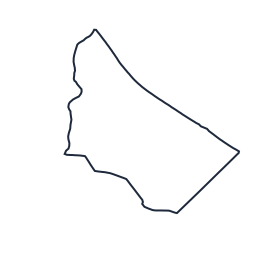 São João da Barra, Rio de Janeiro, Brazil, rotated 316°
{"feature_id": "56859067B49763228552069", "entity_name": "São João da Barra", "entity_type": "district", "adm_level": 2, "iso_a3": "BRA", "parent_name": "Brazil", "parent_adm1": "Rio de Janeiro", "projection": "albers", "projection_center": [-41.074, -21.765], "detail": "fine", "context": "isolated", "style": "outline", "palette": "slate", "viewbox_px": 256, "rotation_deg": 316, "n_neighbors": 0, "source": "geoboundaries", "source_scale": "gbopen_adm2", "svg_char_len": 2127}
<svg xmlns="http://www.w3.org/2000/svg" viewBox="0 0 256 256"><g transform="rotate(316 128 128)"><path d="M191.6,221.9L190.6,218.2L189.7,215.4L189.0,212.5L188.4,210.0L187.9,207.7L187.2,204.5L186.8,202.4L186.3,200.2L185.9,197.8L185.3,194.0L185.0,191.9L184.1,186.5L184.3,183.6L181.6,177.4L181.6,174.6L180.6,171.9L180.0,169.4L179.3,166.8L178.6,164.0L177.9,161.2L177.2,158.2L176.7,156.3L176.3,154.0L175.7,151.6L175.1,148.6L174.3,145.3L173.8,143.3L173.5,141.5L173.0,139.1L172.3,136.6L171.9,134.8L171.4,132.2L170.6,129.2L170.1,126.8L169.7,124.9L169.3,123.0L169.0,121.1L168.5,118.8L168.0,116.5L167.5,113.7L167.1,111.0L166.7,108.4L166.5,105.9L166.2,102.9L166.1,100.5L166.0,98.4L166.0,96.1L166.1,94.0L166.2,92.0L166.4,89.9L166.4,87.7L166.6,85.4L166.7,83.4L166.9,81.3L167.1,78.2L167.4,75.3L167.9,72.5L168.5,70.0L168.8,68.0L169.2,65.9L169.6,63.3L170.1,60.5L170.4,58.2L170.8,55.9L171.1,53.1L171.5,50.8L171.8,47.7L172.1,45.3L172.4,42.9L172.7,40.2L172.9,37.8L173.2,35.2L171.9,33.8L169.9,34.6L166.9,35.2L164.5,35.3L162.7,34.9L161.0,34.3L159.2,34.1L157.0,34.1L153.6,33.2L151.7,32.8L149.5,32.8L146.7,34.3L143.1,36.3L140.1,38.1L137.6,39.9L134.9,42.5L133.2,45.0L131.6,47.6L129.7,50.0L127.6,51.1L126.2,52.5L124.6,53.8L123.2,54.9L122.3,56.8L122.6,58.7L121.9,61.3L121.7,64.5L121.5,67.8L119.9,69.6L118.1,70.6L114.6,71.2L111.2,70.1L108.2,69.3L103.9,69.1L102.0,69.7L99.6,71.5L98.6,73.8L98.2,76.0L96.8,77.6L93.0,82.8L88.8,85.8L85.9,88.4L82.0,90.5L79.2,92.4L77.3,94.7L75.4,98.1L73.3,100.1L70.8,101.5L67.7,101.3L64.4,102.7L65.4,104.8L66.7,106.2L68.0,107.6L69.3,108.9L70.9,110.7L74.2,114.2L77.5,118.3L77.3,120.2L76.9,122.0L76.3,125.1L75.5,128.8L74.6,133.9L74.3,135.8L75.9,138.0L78.2,140.8L80.8,143.9L83.9,148.3L85.6,151.6L87.5,155.5L90.4,161.5L91.3,163.5L91.1,165.9L90.5,170.5L90.1,174.2L89.9,176.1L88.9,184.5L88.6,187.0L88.4,189.5L87.3,191.6L85.5,192.5L85.1,196.1L86.0,198.3L86.7,200.0L88.7,204.1L89.8,205.6L91.2,207.1L93.4,209.2L96.5,212.3L98.8,214.6L100.2,216.1L101.7,219.0L102.9,221.4L104.1,223.2L127.3,223.2L134.3,223.2L148.8,223.1L160.0,223.0L181.0,222.9L188.3,222.8L190.1,222.9L191.6,221.9Z" fill="none" stroke="#1e293b" stroke-width="2"/></g></svg>